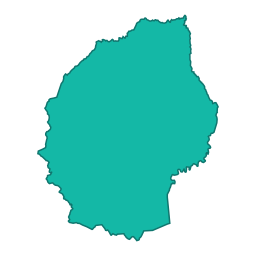 the district of Krong Pa, Gia Lai, Vietnam
{"feature_id": "81297802B51008955299030", "entity_name": "Krong Pa", "entity_type": "district", "adm_level": 2, "iso_a3": "VNM", "parent_name": "Vietnam", "parent_adm1": "Gia Lai", "projection": "robinson", "projection_center": [108.704, 13.235], "detail": "fine", "context": "isolated", "style": "filled", "palette": "teal", "viewbox_px": 256, "rotation_deg": 0, "n_neighbors": 0, "source": "geoboundaries", "source_scale": "gbopen_adm2", "svg_char_len": 5736}
<svg xmlns="http://www.w3.org/2000/svg" viewBox="0 0 256 256"><path d="M37.9,153.7L39.6,154.3L40.9,156.0L42.4,156.8L45.9,160.2L46.1,160.6L47.4,160.7L49.1,162.3L49.0,162.7L48.4,163.4L48.2,164.5L47.7,165.4L48.0,167.1L48.3,167.7L49.9,168.9L49.3,171.5L49.4,172.2L50.5,172.7L50.9,172.6L51.4,172.2L51.6,172.3L50.5,174.7L47.6,175.5L47.4,177.0L46.3,178.5L46.3,179.1L47.2,180.0L47.9,182.1L49.0,183.3L49.5,183.6L51.7,183.0L52.7,182.9L54.5,184.7L55.5,185.2L57.8,185.6L58.8,186.2L60.8,188.3L61.1,188.9L60.9,189.8L59.4,191.5L59.2,192.0L59.3,192.3L61.8,193.5L62.6,194.2L63.9,196.6L64.0,197.1L63.6,198.0L63.9,198.9L65.5,199.3L66.0,200.2L67.3,200.5L68.0,201.1L68.7,202.3L69.4,203.0L70.1,204.8L70.3,204.9L70.6,204.2L71.1,204.1L71.9,205.0L71.3,206.9L72.7,208.4L72.8,208.8L71.7,209.9L70.9,210.3L70.6,211.6L70.1,212.7L69.9,214.0L68.6,217.0L69.7,219.7L69.4,220.1L68.5,220.8L68.4,221.1L69.4,222.4L73.2,223.2L76.3,222.6L77.8,223.3L79.5,223.4L82.5,225.0L86.7,226.7L92.0,229.4L92.5,229.3L93.7,227.8L95.0,226.9L95.4,225.9L96.0,225.4L101.8,224.7L104.9,228.7L105.6,230.3L106.5,230.5L107.5,230.0L107.9,230.2L109.0,231.7L110.7,234.8L111.1,235.2L111.4,235.1L112.9,233.7L114.7,234.7L116.6,235.1L117.0,234.4L117.3,234.2L123.9,233.7L124.4,234.9L125.3,235.9L126.1,237.2L127.3,238.3L128.4,239.0L129.6,239.3L132.1,236.7L133.2,236.7L133.5,236.7L135.7,239.1L136.8,240.6L138.5,240.1L139.1,239.7L139.3,239.1L139.4,238.2L140.7,237.1L141.6,235.6L143.8,230.9L152.6,230.4L167.5,224.0L169.8,223.3L167.6,200.3L167.3,197.3L167.3,194.4L169.4,190.2L169.6,188.6L170.3,187.6L171.3,184.0L171.5,183.9L171.9,184.0L172.9,183.0L173.9,183.7L174.7,183.6L175.0,182.3L174.9,181.3L174.3,180.3L172.2,180.4L171.0,179.5L170.7,178.2L171.0,177.1L171.9,175.6L172.0,175.0L172.9,174.5L173.8,175.1L174.9,175.1L177.2,174.6L178.4,173.8L178.5,173.2L177.7,170.3L178.2,169.5L179.0,169.3L179.6,169.5L180.2,170.1L180.7,171.6L181.4,171.9L182.1,172.0L182.5,171.7L184.0,169.2L184.4,170.0L184.8,171.7L185.3,172.1L185.9,172.1L186.2,171.5L186.5,168.8L186.3,167.3L186.6,166.9L189.3,167.2L189.4,167.8L189.0,169.1L189.4,169.9L189.7,170.0L190.2,169.2L190.9,166.4L191.5,165.7L192.2,165.5L193.4,163.8L194.1,163.7L195.3,164.5L196.2,164.6L197.1,166.2L197.6,166.3L197.8,166.2L198.0,165.8L198.0,164.0L198.4,162.2L199.0,161.4L200.4,160.7L201.3,161.1L201.9,161.9L203.3,162.5L204.1,162.1L205.3,161.1L205.3,160.5L204.0,159.2L203.9,158.2L204.5,157.5L205.5,156.9L206.1,156.0L206.3,155.2L206.1,153.6L206.6,152.8L207.1,152.7L207.7,154.0L208.0,154.1L208.5,152.6L208.4,150.9L208.0,149.7L208.0,149.2L208.6,148.5L210.1,148.2L210.6,147.4L210.3,146.4L209.1,145.0L208.0,144.2L207.7,143.5L207.5,142.5L207.8,141.7L208.6,140.8L209.2,139.7L209.0,138.0L208.3,136.4L209.0,135.9L210.3,135.6L210.6,135.2L210.6,134.3L211.2,133.3L212.6,133.2L214.0,132.2L216.8,122.9L217.0,120.6L217.1,119.1L216.8,117.2L215.9,115.3L216.6,113.1L217.3,112.3L217.1,111.8L217.4,107.8L218.1,106.9L217.3,105.1L215.9,102.7L214.6,102.7L213.0,103.6L212.7,103.6L212.3,101.3L211.3,100.4L210.2,100.2L208.8,97.5L207.9,94.9L207.0,93.9L206.7,92.4L205.9,90.7L205.8,90.0L204.5,88.4L204.7,87.0L204.2,85.9L202.8,83.9L201.8,83.1L201.6,82.4L201.0,82.4L200.7,81.8L199.1,80.1L199.1,78.3L198.0,76.5L196.7,76.6L195.8,75.0L195.3,74.9L194.8,73.9L193.9,73.4L193.9,72.0L192.0,71.7L191.5,70.3L192.0,68.9L191.7,67.9L190.4,65.7L190.7,61.9L190.6,61.3L189.9,59.7L189.9,55.7L189.6,54.5L191.0,53.2L190.7,52.1L190.7,49.9L191.0,49.2L190.6,47.9L190.0,46.9L190.6,45.9L190.7,45.2L190.1,43.5L189.9,40.5L189.8,39.9L190.3,38.8L189.7,35.8L189.8,35.0L190.3,34.0L190.4,33.3L189.6,32.4L189.5,31.3L188.5,30.6L187.8,28.1L186.3,27.9L186.4,27.0L185.9,26.6L186.3,25.7L186.2,25.5L183.9,25.2L183.6,24.9L184.7,22.8L184.6,20.7L185.5,20.6L186.1,19.6L185.6,18.9L185.7,18.7L186.2,18.3L185.9,17.9L185.9,16.5L185.6,16.0L185.0,15.4L184.8,15.4L183.8,16.8L183.4,18.0L180.2,18.5L179.7,19.0L179.2,18.9L179.1,18.0L178.9,17.9L178.7,18.6L176.7,18.8L175.2,19.8L173.6,19.9L172.7,20.3L171.6,19.6L170.7,20.9L170.4,22.1L170.1,22.3L169.5,22.0L168.0,20.1L167.2,20.9L166.2,22.5L164.4,23.2L162.7,22.9L162.2,22.5L161.0,22.8L158.5,21.2L158.1,20.4L157.4,20.2L156.6,20.5L155.8,19.8L155.2,19.8L154.1,20.8L153.2,20.5L152.5,20.1L152.0,20.6L150.4,21.1L149.7,21.0L149.0,20.7L148.5,20.3L147.1,19.8L146.6,19.4L146.2,18.6L145.5,18.1L145.0,18.1L144.7,18.2L144.0,19.3L141.8,19.2L140.7,19.5L140.0,20.4L139.7,21.6L138.2,22.2L136.7,23.3L136.1,25.1L133.8,29.9L131.9,30.1L131.1,30.7L130.4,31.1L128.7,31.3L128.1,32.6L127.2,33.3L127.4,34.3L127.3,36.3L125.9,36.2L125.1,38.1L124.8,38.1L123.1,36.6L122.9,37.2L122.5,37.5L122.3,38.5L121.0,38.5L119.9,37.8L119.2,37.8L118.9,38.1L119.1,38.7L119.0,39.6L118.6,40.7L118.0,41.2L116.9,41.0L116.2,41.2L115.6,40.9L113.9,41.2L113.6,41.0L113.3,40.1L112.4,39.4L111.9,39.7L111.1,40.6L109.2,41.8L108.0,41.5L106.9,40.4L105.6,40.9L105.0,40.2L103.1,39.5L102.4,39.7L102.6,41.1L101.8,41.4L101.2,42.2L100.3,41.3L99.4,41.3L98.8,40.7L96.3,41.9L96.2,42.3L96.5,43.5L95.6,46.2L95.6,47.4L94.6,49.4L94.2,49.9L92.3,50.9L91.1,52.7L90.0,53.6L89.0,55.5L88.2,56.5L87.1,56.6L86.1,58.5L85.8,58.7L84.4,58.9L83.7,59.2L83.4,60.3L82.5,60.5L80.1,62.6L79.3,63.9L78.8,64.3L78.5,65.1L76.6,66.2L75.5,66.2L75.0,66.5L74.3,68.0L72.2,69.7L70.4,71.6L69.8,72.9L67.9,74.2L67.2,75.1L66.7,74.5L66.2,74.5L65.5,74.0L64.2,75.7L63.6,76.9L63.7,78.4L63.2,80.6L62.8,81.7L61.3,83.6L56.8,97.2L54.2,98.0L50.2,98.8L49.0,99.8L48.9,100.3L49.1,101.1L47.9,101.8L47.3,102.5L46.0,106.8L44.9,108.2L46.3,110.4L47.4,111.7L47.6,113.2L47.5,113.9L48.7,114.9L49.0,115.4L49.3,117.6L49.0,119.4L48.6,120.8L47.6,122.0L48.1,123.0L49.7,124.9L50.0,126.1L50.8,127.1L50.5,128.9L50.2,129.5L48.7,130.7L48.5,131.2L46.8,131.7L45.8,133.2L45.7,134.7L45.9,135.3L46.9,136.5L47.2,138.5L46.8,139.1L45.6,144.5L45.9,145.6L45.6,147.6L42.8,149.1L38.3,151.1L37.9,153.7Z" fill="#14b8a6" stroke="#0f766e" stroke-width="1.5"/></svg>